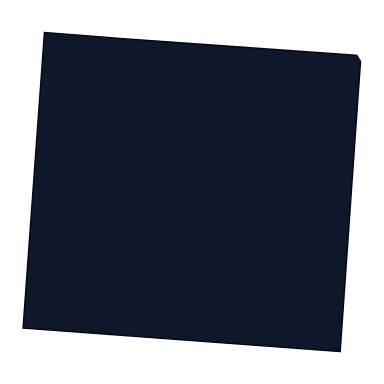 the district of Sanborn, South Dakota, United States of America, rotated 184°
{"feature_id": "52423323B21665292033302", "entity_name": "Sanborn", "entity_type": "district", "adm_level": 2, "iso_a3": "USA", "parent_name": "United States of America", "parent_adm1": "South Dakota", "projection": "equal_earth", "projection_center": [-98.09, 44.023], "detail": "fine", "context": "isolated", "style": "filled", "palette": "ink", "viewbox_px": 384, "rotation_deg": 184, "n_neighbors": 0, "source": "geoboundaries", "source_scale": "gbopen_adm2", "svg_char_len": 272}
<svg xmlns="http://www.w3.org/2000/svg" viewBox="0 0 384 384"><g transform="rotate(184 192 192)"><path d="M273.6,340.1L350.3,340.8L351.0,44.5L348.2,44.5L33.1,43.2L33.1,265.3L33.0,333.9L37.2,339.8L273.6,340.1Z" fill="#0f172a" stroke="#020617" stroke-width="1.5"/></g></svg>